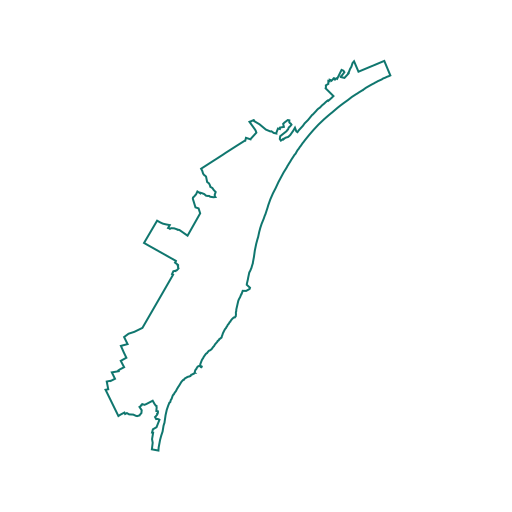 Rojas pag., Rojas, Latvia (Albers equal-area conic projection), rotated 71°
{"feature_id": "27541924B95337165312273", "entity_name": "Rojas pag.", "entity_type": "district", "adm_level": 2, "iso_a3": "LVA", "parent_name": "Latvia", "parent_adm1": "Rojas", "projection": "albers", "projection_center": [22.762, 57.524], "detail": "fine", "context": "isolated", "style": "outline", "palette": "teal", "viewbox_px": 512, "rotation_deg": 71, "n_neighbors": 0, "source": "geoboundaries", "source_scale": "gbopen_adm2", "svg_char_len": 6063}
<svg xmlns="http://www.w3.org/2000/svg" viewBox="0 0 512 512"><g transform="rotate(71 256 256)"><path d="M289.7,407.1L297.5,406.1L297.0,413.0L304.1,412.4L310.0,411.7L311.1,418.0L318.2,416.9L318.9,421.5L319.4,423.4L320.2,423.4L319.1,430.2L326.2,429.3L326.8,433.8L326.7,433.8L326.1,438.0L333.9,439.1L333.5,441.8L362.5,438.2L361.9,436.0L361.2,431.4L362.8,431.2L362.5,429.2L363.1,428.8L363.6,428.2L364.4,427.6L366.0,423.7L368.0,421.6L368.7,420.5L368.8,418.0L368.5,417.8L367.2,415.5L364.6,414.3L360.8,415.3L360.5,414.2L359.7,413.1L359.9,412.8L359.0,411.8L360.4,409.9L360.3,408.0L359.2,400.8L362.9,400.1L364.9,399.5L365.3,398.9L367.0,399.3L370.1,400.7L370.9,399.3L371.7,399.5L372.7,400.1L372.9,400.8L373.7,400.9L375.0,403.0L375.4,403.9L377.7,403.5L377.8,403.0L377.8,402.6L378.7,401.2L379.4,400.6L385.5,405.8L386.3,409.9L389.1,411.8L389.6,410.8L395.3,413.9L399.0,414.5L404.9,417.4L408.2,411.6L405.4,410.4L398.7,406.6L395.0,404.1L391.6,401.5L386.4,398.7L384.7,397.5L384.0,396.9L377.0,393.3L372.3,390.4L368.6,387.5L367.4,386.4L366.8,386.0L366.4,385.5L366.4,385.0L366.2,384.6L364.6,383.6L364.0,382.9L363.6,382.3L361.0,380.3L360.1,379.2L360.1,378.8L358.6,377.2L358.3,376.6L357.6,375.6L356.1,374.1L355.2,373.0L354.5,372.2L353.8,371.2L352.8,370.0L351.2,368.1L350.7,367.5L349.5,365.3L349.4,364.9L349.6,364.6L348.6,363.1L348.3,361.3L348.1,360.7L348.2,360.2L348.1,359.9L348.0,359.5L348.2,358.2L348.1,357.8L348.2,357.1L347.7,356.6L347.2,355.8L347.3,355.3L347.2,354.8L347.2,354.4L347.0,353.9L347.1,353.6L347.0,352.8L346.4,352.2L346.5,351.9L346.3,352.0L344.2,350.6L344.0,350.3L343.8,349.9L343.6,349.5L343.5,349.3L343.1,349.1L342.3,348.0L341.9,347.6L341.6,347.1L341.4,345.6L341.4,345.4L341.6,345.3L341.6,345.2L342.6,344.3L343.0,344.3L343.4,344.0L343.4,343.8L342.8,343.3L342.4,343.7L342.4,344.1L341.8,344.7L339.9,343.7L336.8,341.1L336.1,340.3L335.5,339.4L334.4,338.3L332.3,335.4L332.0,334.7L331.9,334.0L331.2,333.0L330.6,332.0L330.3,331.4L330.2,330.5L330.2,330.0L329.6,328.3L328.1,326.2L327.5,325.0L326.2,323.5L324.5,320.5L323.8,319.9L323.7,319.6L323.8,319.4L323.6,318.7L322.6,317.7L322.6,317.0L322.3,316.5L322.3,316.3L322.1,316.1L322.1,315.6L322.0,315.3L321.6,314.9L320.7,314.4L320.1,313.8L318.1,312.3L317.4,311.5L317.0,311.2L316.2,310.3L315.4,309.5L314.8,308.7L314.5,308.0L313.5,307.0L313.1,306.3L311.8,305.0L311.2,303.8L310.0,302.5L309.7,301.6L308.9,300.9L307.8,299.1L307.2,297.8L306.9,297.0L306.9,296.7L307.2,296.1L306.7,295.3L306.5,295.1L306.4,294.8L305.5,294.4L305.1,294.1L302.8,293.4L302.1,293.0L301.8,292.7L300.1,292.0L292.7,287.4L291.4,286.3L289.5,284.2L287.9,282.9L287.7,282.5L287.3,282.3L287.3,282.1L287.1,281.9L284.6,279.9L285.8,276.7L285.1,272.8L284.1,272.0L280.2,274.1L279.3,273.7L275.0,271.0L274.2,270.6L269.2,267.6L268.9,267.1L267.7,265.9L266.4,264.8L265.8,264.2L264.3,263.2L261.6,261.2L261.2,261.1L256.3,258.3L250.4,255.3L244.5,251.8L240.5,249.1L238.9,247.9L234.1,245.0L230.7,242.7L227.4,240.2L223.3,236.6L220.5,234.4L219.7,233.6L214.0,229.3L212.0,227.9L207.1,224.0L202.3,219.6L198.2,215.3L193.4,210.7L185.9,202.6L183.5,199.6L181.9,197.7L180.9,196.7L180.2,195.7L179.6,195.1L177.9,192.9L176.4,191.2L173.8,187.8L173.1,187.0L172.1,185.2L170.6,183.6L169.1,181.8L168.8,181.1L167.0,178.8L166.5,177.9L164.4,175.1L163.9,174.2L162.4,172.0L158.6,165.9L155.4,160.4L152.1,154.2L148.8,147.0L146.6,141.5L145.6,138.9L145.1,137.4L142.4,130.6L141.1,126.9L139.8,122.8L138.5,118.4L136.8,113.5L135.5,108.2L135.4,107.5L134.8,105.3L134.0,101.6L134.0,101.3L133.9,101.3L133.5,99.7L132.8,97.5L132.4,95.5L131.5,90.7L131.1,87.8L130.8,86.7L130.7,85.4L130.4,84.2L130.0,79.7L129.5,77.9L129.5,76.0L129.2,73.7L129.2,71.7L129.1,71.2L129.0,70.2L113.3,71.2L115.1,99.1L103.8,99.9L105.0,101.9L108.1,104.2L109.7,106.1L112.2,108.2L113.0,109.2L113.4,108.9L113.5,109.0L116.4,114.4L114.4,117.6L114.0,117.5L113.0,115.6L111.0,112.6L109.3,113.0L107.9,114.5L114.7,121.4L114.2,121.6L114.1,121.9L114.4,122.5L114.5,122.8L114.7,123.1L114.8,123.3L114.7,123.6L114.8,123.8L114.2,123.9L114.2,124.0L114.4,124.1L114.3,124.3L113.8,124.2L113.6,124.6L113.3,124.4L113.2,124.6L113.6,125.2L114.0,125.8L114.9,127.6L114.0,128.1L113.3,129.0L114.7,129.6L114.0,130.6L116.8,131.6L117.4,134.4L118.4,134.7L119.0,134.8L120.1,135.6L130.0,130.7L131.2,133.2L132.7,136.9L132.8,137.2L132.3,137.4L132.6,138.5L133.3,140.2L133.8,141.3L134.0,141.6L135.1,144.6L135.8,145.9L136.6,147.5L136.9,148.9L137.6,150.5L138.5,152.0L140.5,155.8L140.8,156.4L140.9,157.0L144.4,162.6L146.4,166.8L148.2,169.3L151.1,174.7L152.4,176.5L151.3,177.3L147.4,177.4L149.6,179.9L152.8,184.3L153.9,186.8L153.8,189.7L154.7,192.3L154.2,192.4L155.0,194.9L153.1,195.4L150.6,194.1L147.9,186.4L147.1,185.4L146.8,184.5L145.5,183.5L144.8,182.5L144.7,181.9L143.4,179.7L142.2,180.0L141.3,180.7L140.3,181.0L138.6,180.3L137.8,181.7L139.1,185.7L139.9,187.3L143.0,187.6L142.4,191.5L143.7,192.1L142.6,193.7L146.3,196.8L146.8,196.9L145.4,199.2L143.1,200.8L142.9,201.9L139.7,205.5L132.6,209.8L127.9,213.8L127.7,213.6L127.0,213.7L126.8,213.8L126.7,214.0L126.9,214.4L126.8,214.6L126.8,215.5L127.1,216.5L126.9,217.4L127.0,218.5L135.6,215.9L137.3,215.5L139.5,215.5L143.6,223.0L143.9,223.2L141.0,227.0L143.3,228.5L143.2,228.6L145.4,238.0L146.3,241.7L148.6,251.2L149.4,254.1L155.6,279.5L157.9,279.1L160.6,279.2L161.7,279.0L162.9,278.5L163.7,277.8L164.8,277.4L170.1,278.1L172.1,276.8L174.5,276.5L175.7,276.7L177.5,275.1L179.8,274.5L182.4,273.3L184.8,275.2L186.3,275.4L187.0,275.2L186.6,277.1L185.0,280.1L184.0,280.7L183.4,282.4L182.6,283.7L180.7,284.7L179.2,286.4L178.0,288.1L178.5,288.4L175.9,290.4L178.3,292.7L178.9,294.0L179.4,294.6L180.2,296.5L181.3,297.1L190.3,297.4L192.3,294.8L197.5,294.9L214.5,314.1L206.4,320.0L205.8,321.4L205.6,321.3L203.2,324.4L202.1,327.1L202.3,328.5L201.9,328.6L200.9,330.0L198.7,327.5L196.7,331.0L195.1,333.5L193.2,335.5L190.4,338.0L207.2,357.6L211.1,354.2L234.6,333.3L235.3,333.9L235.9,334.7L238.9,332.7L239.3,333.1L240.0,332.8L240.3,332.9L240.9,333.4L242.5,333.3L243.7,335.5L243.7,337.1L244.0,337.2L243.6,338.1L243.5,339.1L245.8,341.3L246.7,340.5L263.1,359.3L287.0,386.8L288.1,395.7L288.0,401.8L289.7,407.1Z" fill="none" stroke="#0f766e" stroke-width="2"/></g></svg>